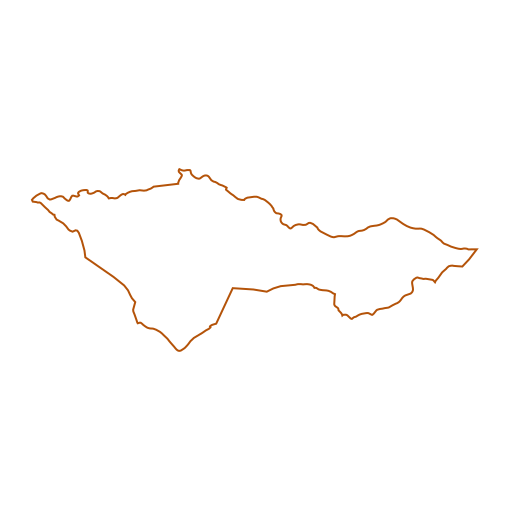 outline of Ti Rocher, Micoud, Saint Lucia, rotated 177°
{"feature_id": "8701671B31259394762981", "entity_name": "Ti Rocher", "entity_type": "district", "adm_level": 2, "iso_a3": "LCA", "parent_name": "Saint Lucia", "parent_adm1": "Micoud", "projection": "mercator", "projection_center": [-60.927, 13.818], "detail": "fine", "context": "isolated", "style": "outline", "palette": "amber", "viewbox_px": 512, "rotation_deg": 177, "n_neighbors": 0, "source": "geoboundaries", "source_scale": "gbopen_adm2", "svg_char_len": 6086}
<svg xmlns="http://www.w3.org/2000/svg" viewBox="0 0 512 512"><g transform="rotate(177 256 256)"><path d="M193.3,281.3L194.1,281.9L194.8,282.6L197.4,285.0L199.9,286.2L200.8,286.3L201.7,286.2L203.9,284.9L204.7,284.6L205.5,284.5L207.7,284.6L210.4,285.3L212.1,285.4L214.7,284.9L215.9,284.4L216.9,283.9L218.8,282.3L219.6,281.8L220.2,281.7L221.0,282.0L222.2,283.2L222.8,284.0L224.0,285.2L227.0,286.3L227.8,286.9L228.5,287.7L229.1,288.6L229.5,289.7L229.6,291.3L229.4,292.4L228.4,294.5L228.3,295.4L228.6,295.8L229.3,296.5L230.0,296.8L231.0,297.2L231.8,297.4L232.7,297.5L233.5,297.7L234.0,298.1L234.9,299.0L235.5,299.9L236.1,301.6L236.2,302.5L237.3,304.1L237.8,305.1L239.4,307.1L241.0,308.7L244.1,311.4L245.3,312.1L246.4,312.6L247.4,312.8L248.7,313.5L249.7,314.1L251.0,314.7L252.1,315.1L253.0,315.2L254.7,315.3L261.5,314.7L263.1,314.1L263.9,313.7L264.5,313.2L264.8,312.6L267.6,312.8L270.8,313.8L271.6,314.2L272.0,314.7L273.3,315.7L275.5,317.8L276.5,318.5L278.3,319.9L280.4,321.9L282.4,323.7L282.5,324.2L281.7,325.7L282.0,326.0L285.9,328.2L287.6,328.8L289.5,329.7L290.7,330.8L292.7,332.0L293.0,332.1L294.4,332.5L295.5,333.2L296.7,334.1L298.8,337.4L299.3,338.0L299.8,338.4L300.5,338.8L301.2,339.0L302.0,339.1L303.3,339.0L305.0,338.3L307.7,336.5L308.6,336.2L309.3,336.2L311.3,336.8L312.4,337.4L314.0,338.7L314.9,339.6L315.9,340.7L316.3,341.4L316.6,342.2L317.0,344.7L317.6,345.3L320.5,345.4L323.0,345.0L324.2,345.1L325.8,345.6L328.0,346.7L328.3,346.3L328.7,345.4L328.7,344.6L328.6,344.1L327.8,343.1L326.1,341.3L325.8,340.7L325.9,340.1L326.2,339.4L327.1,338.0L328.7,335.9L329.9,333.1L329.9,332.2L354.6,330.6L355.8,329.8L357.6,328.8L360.2,328.0L361.9,327.3L364.5,327.1L368.8,327.8L372.8,327.3L376.4,327.2L378.5,326.7L380.8,325.8L382.9,324.6L383.3,323.9L384.1,324.5L385.0,324.8L385.7,324.8L386.2,324.7L387.3,324.2L388.4,323.5L391.3,321.3L392.6,321.0L394.0,320.9L396.2,321.4L397.2,321.5L398.0,321.5L400.0,321.2L400.2,321.5L400.5,322.2L400.9,322.8L401.7,323.7L403.4,325.1L405.9,326.5L408.2,328.6L409.1,329.0L410.9,329.2L412.4,328.9L414.0,327.9L414.9,327.5L417.0,326.9L418.1,326.8L419.0,327.0L419.7,327.2L420.3,327.6L420.7,328.0L420.7,328.8L420.6,329.9L420.8,330.3L421.6,330.7L422.2,330.8L424.5,330.8L426.2,330.6L427.5,330.3L428.6,329.8L429.5,329.3L430.2,328.6L430.4,327.7L429.5,325.8L430.4,325.1L430.8,324.9L431.4,324.7L432.1,324.8L435.2,325.8L436.3,325.8L437.2,324.9L438.7,322.2L439.3,321.4L439.7,321.0L440.1,320.9L440.9,321.0L442.1,321.7L444.3,323.7L445.0,324.6L445.7,325.3L446.0,325.4L447.6,325.9L449.0,325.9L450.4,325.7L452.2,325.2L453.5,324.6L457.2,323.4L458.1,323.2L459.0,323.2L460.3,324.0L461.0,324.5L462.4,326.9L463.7,328.6L464.8,329.3L465.8,329.7L466.9,330.0L467.4,329.9L467.9,329.8L469.4,329.1L472.1,327.8L475.3,325.4L476.8,323.8L476.1,322.0L472.3,321.3L471.2,320.8L469.3,320.8L468.1,320.1L464.1,315.7L461.2,312.8L459.8,310.8L457.9,309.4L456.3,307.9L455.1,307.7L454.9,305.7L453.2,302.8L451.1,301.6L446.8,298.7L444.0,295.5L441.9,292.3L440.5,291.1L437.9,289.9L434.8,291.1L433.1,290.6L431.7,288.4L429.1,280.2L427.0,270.4L426.5,263.6L399.3,242.5L389.2,233.5L385.6,228.4L383.7,223.7L382.1,220.3L379.0,216.3L381.5,208.8L381.4,207.0L380.3,203.8L378.7,198.3L378.0,195.7L377.6,195.0L375.6,195.5L375.1,195.5L374.5,195.3L373.1,194.1L372.3,193.2L370.4,191.6L368.6,190.3L367.6,189.8L365.6,189.2L362.8,188.9L361.9,188.6L359.6,187.6L355.9,185.3L354.2,183.8L351.7,181.1L349.3,178.6L348.3,177.4L347.4,176.0L345.9,174.0L342.5,169.7L341.2,167.9L340.2,166.7L339.5,166.1L338.6,165.5L337.7,165.3L337.0,165.3L336.0,165.5L333.0,167.2L331.7,168.1L329.4,170.3L328.1,171.7L325.9,174.4L324.1,175.9L322.4,177.4L313.7,182.0L309.8,184.4L306.9,185.7L305.2,187.1L305.3,187.9L305.6,188.1L305.5,188.3L304.3,189.1L303.4,189.5L301.9,189.9L299.3,190.5L280.9,225.1L260.4,222.7L247.1,219.8L240.4,222.7L232.9,224.6L218.3,225.2L216.4,225.6L215.5,225.7L212.9,225.6L210.6,225.2L209.5,225.2L208.6,225.3L206.2,225.2L204.5,224.9L203.4,224.6L202.3,224.2L200.7,223.2L199.6,221.8L199.3,221.1L198.0,221.1L197.3,220.9L195.7,219.7L194.8,219.2L193.3,218.8L191.4,218.4L187.4,217.9L185.4,217.4L183.1,216.3L180.7,214.5L179.1,213.8L179.6,211.3L179.9,208.4L180.3,204.8L180.4,203.7L180.2,202.9L179.7,202.0L179.3,201.6L177.1,199.9L176.8,199.5L176.5,198.7L176.4,197.4L174.9,195.7L173.9,194.5L173.1,193.0L172.9,192.0L172.4,192.4L172.0,192.7L171.4,192.7L169.5,192.7L168.5,192.4L167.6,191.7L164.9,188.8L164.1,188.3L163.5,188.2L161.6,189.6L161.0,189.8L159.3,190.2L157.3,191.3L156.0,191.9L154.9,192.3L153.3,192.7L149.0,193.2L147.2,193.2L146.2,192.8L143.8,191.4L143.4,191.2L142.8,191.2L141.4,192.3L138.9,195.1L138.5,195.5L137.9,195.9L137.2,196.1L135.1,196.6L132.5,196.8L130.2,197.2L126.9,197.5L126.0,197.7L122.3,199.6L119.1,201.0L117.3,201.6L115.5,202.7L114.6,203.5L113.6,204.6L112.2,206.4L110.7,207.8L109.0,208.8L103.5,210.4L102.1,211.6L101.7,212.2L101.3,213.0L101.0,214.0L101.0,214.8L101.0,215.9L101.5,220.2L101.5,221.3L101.4,222.0L101.1,222.7L100.8,223.1L99.4,224.5L98.9,224.8L97.0,225.9L95.9,226.1L95.3,225.9L93.8,225.3L91.9,224.9L90.3,224.4L89.6,224.3L88.7,224.4L87.6,224.4L81.2,223.0L80.5,222.7L80.1,222.3L78.6,220.4L77.8,221.9L75.1,224.7L71.3,229.5L70.5,230.3L66.8,233.2L65.8,234.3L64.1,235.6L63.5,235.8L61.9,236.1L60.1,236.1L59.2,235.8L54.8,235.2L50.5,234.7L43.3,241.6L35.2,251.1L43.6,251.5L45.0,252.2L46.4,252.5L47.6,252.6L48.2,252.6L50.1,252.3L51.4,252.3L53.6,252.7L56.5,253.6L60.8,255.2L64.2,257.0L67.6,258.5L69.0,259.8L70.3,261.5L71.1,262.2L73.8,264.2L75.4,265.6L77.5,267.7L81.6,270.6L86.8,273.6L88.0,274.1L89.3,274.6L90.8,274.8L92.8,274.8L95.0,274.9L97.7,275.5L100.3,276.3L103.8,278.0L106.9,280.0L108.0,280.8L113.4,285.1L115.1,285.9L116.8,286.5L119.4,286.7L120.3,286.5L122.4,285.5L124.4,283.7L125.4,283.0L127.7,281.9L130.3,280.9L131.7,280.5L134.1,280.1L136.1,280.0L139.2,279.7L140.5,279.5L142.8,278.6L144.3,277.5L146.7,276.3L148.8,275.8L152.0,275.6L153.0,275.3L154.3,274.7L156.9,273.0L158.8,272.1L160.9,271.3L163.4,270.9L166.7,271.0L170.0,271.4L172.1,271.5L173.4,271.4L176.8,270.7L177.7,270.7L179.5,271.2L180.5,271.6L184.5,273.8L190.3,277.2L191.9,278.7L192.6,279.6L193.0,280.3L193.3,281.3Z" fill="none" stroke="#b45309" stroke-width="2"/></g></svg>